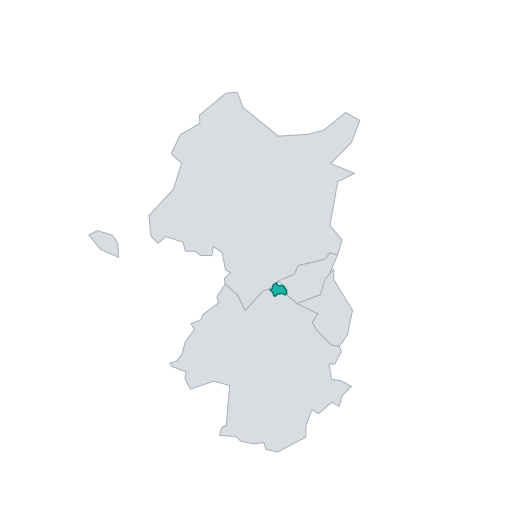 Luxembourg highlighted among its neighbors, rotated 123°
{"feature_id": "LUX", "entity_name": "Luxembourg", "entity_type": "country or territory", "adm_level": 0, "iso_a3": "LUX", "parent_name": "Europe", "parent_adm1": "", "projection": "natural_earth1", "projection_center": [6.062, 49.806], "detail": "fine", "context": "with_neighbors", "style": "filled", "palette": "teal", "viewbox_px": 512, "rotation_deg": 123, "n_neighbors": 4, "source": "natural_earth", "source_scale": "50m", "svg_char_len": 2518}
<svg xmlns="http://www.w3.org/2000/svg" viewBox="0 0 512 512"><g transform="rotate(123 256 256)"><path d="M274.1,225.4L282.3,231.2L307.5,235.3L298.8,250.5L296.6,266.5L291.8,270.3L283.8,268.2L284.4,273.9L271.5,286.5L271.3,296.7L279.7,293.2L285.8,303.0L285.1,309.4L290.4,317.9L284.2,324.7L288.9,342.2L298.6,345.1L296.6,354.9L280.4,367.8L244.9,361.6L218.7,369.0L216.4,382.7L195.5,385.6L175.4,375.3L168.7,380.2L135.8,369.9L128.9,361.1L138.6,347.5L143.3,302.5L125.8,278.9L113.3,267.6L86.8,259.0L85.8,242.7L108.7,237.9L137.8,243.6L133.1,218.4L149.2,227.9L190.1,210.6L195.7,192.5L210.9,188.1L213.2,195.8L221.2,196.2L241.1,215.5L250.1,213.8L269.1,225.8L274.1,225.4ZM320.4,379.1L331.9,370.5L335.2,390.0L329.4,407.6L321.1,402.9L316.8,387.6L320.4,379.1Z" fill="#d9dde1" stroke="#a8b0b8" stroke-width="1"/><path d="M408.4,131.0L412.8,142.1L408.3,147.9L414.8,155.7L419.6,167.4L418.6,175.0L426.2,189.0L418.6,191.3L414.0,188.8L378.9,207.6L384.2,223.5L403.4,238.4L397.6,248.7L391.4,251.5L394.3,266.1L392.8,269.9L387.2,265.3L378.8,264.6L366.3,268.6L350.8,267.7L348.4,273.6L339.4,267.4L334.1,268.6L315.2,261.8L311.6,266.6L296.6,266.5L298.8,250.5L307.5,235.3L282.3,231.2L274.1,225.4L275.1,215.6L271.6,210.6L273.6,195.7L270.7,172.6L281.0,172.6L285.3,164.4L289.5,144.3L286.3,137.0L289.6,132.4L303.7,131.2L306.9,136.0L318.3,125.3L314.3,117.1L313.4,104.9L326.1,107.7L336.8,104.4L337.3,112.8L354.4,117.8L354.4,125.5L371.5,121.5L380.8,115.5L408.4,131.0Z" fill="#d9dde1" stroke="#a8b0b8" stroke-width="1"/><path d="M273.6,195.7L271.6,210.6L267.1,211.5L265.2,223.9L250.1,213.8L241.1,215.5L221.2,196.2L213.2,195.8L210.9,188.1L253.3,180.9L273.6,195.7Z" fill="#d9dde1" stroke="#a8b0b8" stroke-width="1"/><path d="M286.3,137.0L289.5,144.3L285.3,164.4L281.0,172.6L270.7,172.6L273.6,195.7L253.3,180.9L237.3,185.5L224.7,183.7L233.6,177.7L248.9,145.5L272.2,136.4L286.3,137.0Z" fill="#d9dde1" stroke="#a8b0b8" stroke-width="1"/><path d="M272.9,210.8L272.8,211.4L272.8,212.7L273.3,214.0L274.4,215.3L275.3,216.3L276.5,217.1L278.5,217.8L279.3,217.9L279.5,218.9L279.3,219.9L278.6,220.5L277.9,221.3L277.5,222.3L276.9,224.3L276.9,225.6L275.7,225.1L275.1,224.7L274.0,224.6L273.0,224.9L272.2,225.6L271.1,225.8L270.2,225.6L269.6,225.1L269.2,224.8L267.8,224.4L267.2,223.7L267.7,223.4L268.1,222.8L268.4,222.0L268.8,221.3L267.5,219.4L267.2,218.8L266.1,217.7L266.1,217.2L266.4,216.6L266.3,216.2L266.4,215.2L267.2,214.3L267.7,213.2L268.6,211.6L270.5,209.8L271.8,210.0L272.4,210.0L272.8,210.7L272.9,210.8Z" fill="#14b8a6" stroke="#0f766e" stroke-width="1.5"/></g></svg>